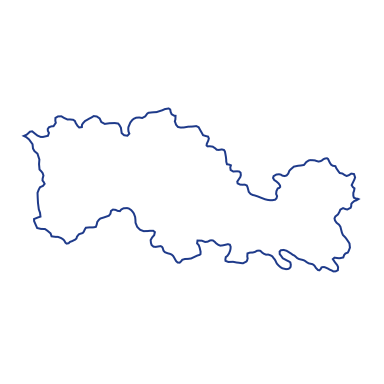 outline of Masty, Grodno, Belarus, rotated 178°
{"feature_id": "67162791B96733958179229", "entity_name": "Masty", "entity_type": "district", "adm_level": 2, "iso_a3": "BLR", "parent_name": "Belarus", "parent_adm1": "Grodno", "projection": "orthographic", "projection_center": [24.533, 53.402], "detail": "fine", "context": "isolated", "style": "outline", "palette": "blue", "viewbox_px": 384, "rotation_deg": 178, "n_neighbors": 0, "source": "geoboundaries", "source_scale": "gbopen_adm2", "svg_char_len": 5774}
<svg xmlns="http://www.w3.org/2000/svg" viewBox="0 0 384 384"><g transform="rotate(178 192 192)"><path d="M25.9,179.1L26.7,179.5L28.2,179.6L30.4,180.7L30.9,182.6L30.8,185.5L30.0,187.5L29.5,190.0L31.0,191.2L32.2,193.3L30.5,196.5L29.3,198.8L28.5,200.9L29.5,204.3L32.2,204.8L34.7,203.3L36.9,202.6L39.0,203.7L41.0,205.2L43.7,205.8L45.0,207.6L46.9,210.6L47.8,212.8L50.3,213.3L51.9,214.3L53.2,216.4L54.0,218.2L54.9,220.3L55.9,221.0L57.9,220.8L59.5,220.2L60.9,219.1L62.3,218.4L64.4,218.0L66.7,218.7L68.1,219.3L70.6,219.6L72.7,219.7L74.1,219.5L76.8,217.9L78.3,216.1L79.2,215.1L82.3,214.7L85.2,214.5L89.3,213.8L92.3,211.4L93.9,209.9L95.2,207.0L96.9,205.2L98.9,204.7L101.1,205.2L102.7,206.3L104.5,206.7L107.1,206.5L109.9,205.0L110.5,203.2L109.4,201.1L107.3,199.6L105.1,197.5L103.8,195.4L103.7,194.0L104.7,193.0L106.2,192.6L107.6,189.9L108.0,187.1L107.1,184.9L107.8,182.7L109.2,181.4L112.0,181.0L114.4,181.1L116.8,181.5L119.3,182.2L123.1,183.8L126.5,185.3L129.8,186.5L131.4,186.9L133.5,188.0L135.3,190.2L135.6,191.7L136.3,194.8L137.0,196.6L139.0,197.5L141.2,197.5L143.6,197.7L146.1,199.0L146.4,200.8L144.7,203.2L143.2,205.3L142.6,207.2L142.8,209.6L144.1,210.8L145.9,211.1L148.3,211.1L150.0,211.0L152.6,212.6L152.9,215.2L152.2,217.3L154.0,218.1L156.1,218.5L156.7,221.1L156.7,223.3L156.9,225.9L157.3,228.9L157.7,231.4L158.6,232.9L160.7,233.5L163.9,233.1L165.9,233.4L167.1,234.7L169.7,236.6L172.7,237.1L174.9,237.1L175.8,238.0L175.5,239.7L174.0,242.7L173.3,244.9L174.0,246.8L176.1,247.4L179.0,248.4L179.7,249.9L180.9,252.2L181.9,254.1L183.1,256.5L185.4,257.7L189.5,257.4L193.5,257.4L197.8,256.8L201.1,256.8L203.8,257.5L205.6,259.8L206.2,261.8L206.7,263.2L206.1,265.0L205.9,267.3L205.8,268.7L207.0,268.8L209.6,270.4L210.5,272.6L210.9,275.2L212.4,276.3L216.2,275.8L218.9,274.7L221.8,273.9L224.6,273.1L228.5,273.0L232.7,272.7L234.0,271.9L236.1,269.2L239.2,267.7L242.1,268.3L245.2,268.2L247.6,267.2L249.1,266.1L251.2,263.6L252.3,261.2L253.3,259.0L253.5,257.1L253.4,254.8L252.6,252.5L254.6,250.5L257.9,251.1L260.2,253.3L260.5,255.9L260.8,258.7L262.2,261.4L263.4,263.0L266.8,263.6L272.0,263.6L276.8,263.1L280.2,265.1L281.2,267.5L281.7,268.7L284.5,270.8L287.6,271.3L289.8,270.0L292.2,268.9L294.4,267.7L296.4,266.7L298.5,264.6L299.6,263.0L299.8,260.7L302.5,260.4L304.1,262.1L305.9,265.2L306.5,267.0L308.2,268.3L311.6,268.8L313.9,268.8L317.3,270.5L319.9,272.2L323.3,272.2L325.9,270.8L326.1,267.9L325.7,265.9L328.1,262.6L330.2,262.5L332.7,261.7L334.0,259.9L333.9,258.1L332.9,256.0L334.0,253.2L339.1,252.2L341.3,252.3L344.5,253.8L347.0,255.9L349.6,258.2L351.9,257.9L353.7,256.3L355.3,255.0L358.1,253.9L355.7,252.6L353.0,250.2L349.7,245.3L349.4,241.0L348.0,238.3L345.1,235.7L343.4,229.8L343.9,225.2L343.6,219.8L341.8,217.8L340.6,216.1L339.9,213.6L340.8,210.7L341.0,208.7L339.9,207.2L339.0,205.3L340.7,203.3L343.7,202.1L345.0,199.9L346.4,196.6L346.4,191.8L346.3,186.4L345.7,180.0L344.6,176.5L344.3,172.7L347.0,171.9L350.8,170.5L350.8,168.4L349.1,164.1L348.0,161.4L344.3,160.4L340.2,160.1L337.8,158.3L334.8,155.6L333.9,152.6L329.7,151.9L328.7,151.9L327.5,151.8L325.5,151.0L324.2,150.4L322.4,149.1L321.4,148.0L320.2,145.7L319.1,144.8L317.1,145.1L315.7,146.4L313.5,147.1L312.0,147.8L310.4,148.5L309.1,149.6L308.5,151.4L306.5,153.7L305.3,154.1L302.7,154.8L301.6,156.0L300.4,158.4L299.3,160.0L295.8,160.2L291.7,160.1L289.3,160.5L288.4,162.7L287.7,165.4L286.0,167.5L284.5,168.7L281.1,169.6L275.9,171.2L274.3,173.1L273.6,175.9L271.6,177.2L269.0,176.8L266.9,175.7L264.7,175.4L263.3,177.0L261.0,178.1L257.5,178.2L255.7,177.7L253.4,176.0L252.0,174.3L250.9,172.6L249.7,169.0L249.5,166.1L249.5,163.2L248.0,159.1L246.5,157.4L245.1,156.0L241.8,154.6L238.1,154.5L235.2,154.7L232.1,154.6L230.5,153.2L231.3,150.2L233.4,148.0L235.0,145.4L234.8,142.5L234.2,140.4L232.4,138.7L230.2,138.4L227.2,138.8L225.2,139.0L224.0,138.3L223.4,137.5L223.0,136.2L222.5,134.3L221.2,132.8L219.4,132.0L217.8,131.4L216.3,131.0L214.6,130.2L213.2,128.9L212.3,127.4L211.5,125.8L210.3,123.5L208.8,122.0L206.8,121.8L205.2,123.2L204.1,124.6L201.4,125.3L198.3,125.3L195.2,125.6L188.9,128.3L186.6,128.9L185.7,129.6L185.5,132.0L186.3,136.1L187.1,138.6L188.7,140.5L188.2,143.3L183.9,143.0L180.6,141.6L178.1,141.8L175.5,143.0L173.8,143.0L172.7,142.8L170.9,141.3L169.8,140.0L167.6,138.3L165.6,137.4L163.1,137.6L160.4,138.1L157.9,138.6L156.0,138.0L155.3,135.9L155.5,133.8L156.0,131.9L157.2,129.2L158.9,126.9L160.5,125.8L161.0,123.5L160.9,122.0L158.1,120.8L156.3,120.8L153.4,120.8L151.2,120.3L150.0,120.0L147.9,119.7L144.5,119.1L143.5,119.0L140.1,120.6L139.4,121.5L138.7,123.7L139.0,125.5L138.7,128.7L136.3,129.4L133.4,129.4L131.2,129.9L129.1,131.0L127.2,131.1L125.7,130.8L123.9,128.9L122.2,127.7L120.2,126.8L117.9,126.8L115.6,125.9L114.0,124.9L112.5,122.7L111.6,121.6L110.8,120.0L110.4,119.0L109.7,117.5L108.1,115.6L106.2,113.8L104.4,112.6L100.7,111.6L98.8,111.7L97.3,112.3L96.1,113.7L95.8,115.9L96.2,118.2L97.4,119.1L99.8,120.4L100.8,121.0L103.6,122.6L105.0,124.8L106.5,126.9L106.5,129.4L105.2,130.7L102.4,130.9L99.6,130.0L97.6,128.7L95.1,127.0L93.5,125.7L91.9,124.9L90.4,123.5L89.2,122.3L87.5,121.3L86.1,120.9L83.9,120.3L82.5,119.8L81.2,119.0L79.9,117.9L77.8,116.6L75.4,116.0L74.2,115.7L73.0,114.9L71.9,113.7L70.9,111.9L68.8,109.6L67.4,109.3L66.1,110.5L65.2,112.1L63.9,112.4L62.2,112.3L60.4,111.5L58.8,110.7L57.1,109.6L55.1,108.7L53.5,107.7L51.2,107.7L49.0,108.7L48.6,111.8L49.4,113.8L51.6,116.8L53.6,120.0L51.9,121.4L47.8,120.7L46.4,120.7L43.1,121.3L42.1,123.8L40.8,125.2L38.4,126.0L37.4,127.8L36.1,130.9L36.4,135.0L37.5,136.9L39.2,139.6L40.4,141.3L42.7,143.8L43.6,146.2L44.3,149.3L44.9,152.1L46.2,154.2L48.6,156.2L50.1,158.6L50.5,160.7L49.6,162.5L46.9,164.5L45.3,167.1L44.4,169.2L41.6,170.6L39.3,169.6L37.4,169.1L34.0,170.7L33.4,172.2L33.2,174.5L32.2,175.7L30.0,177.4L28.1,177.9L25.9,179.1Z" fill="none" stroke="#1e3a8a" stroke-width="2"/></g></svg>